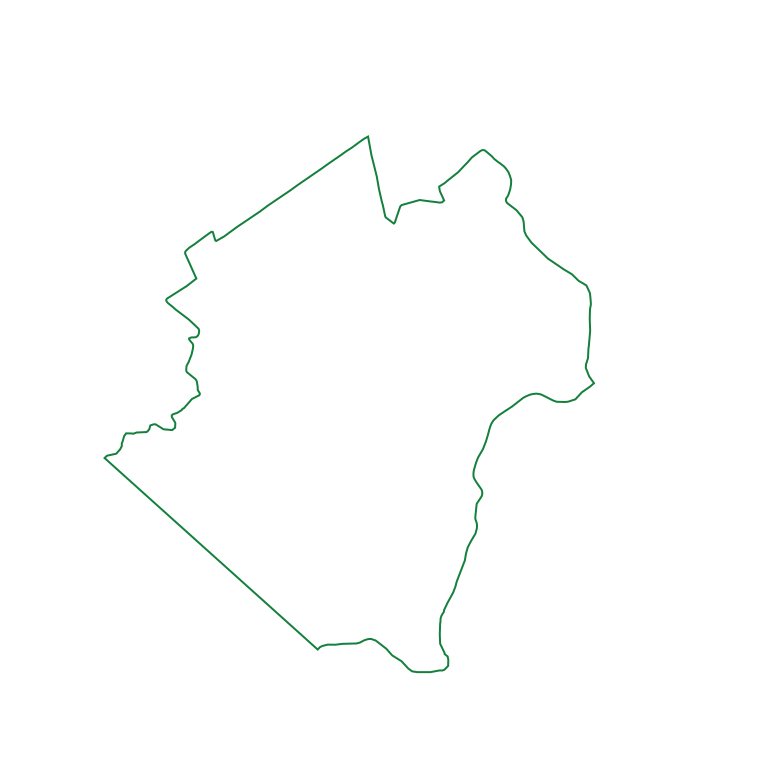 Barillas, Huehuetenango, Guatemala (Natural Earth projection), rotated 222°
{"feature_id": "79465075B26055354107156", "entity_name": "Barillas", "entity_type": "district", "adm_level": 2, "iso_a3": "GTM", "parent_name": "Guatemala", "parent_adm1": "Huehuetenango", "projection": "natural_earth1", "projection_center": [-91.212, 15.915], "detail": "fine", "context": "isolated", "style": "outline", "palette": "green", "viewbox_px": 768, "rotation_deg": 222, "n_neighbors": 0, "source": "geoboundaries", "source_scale": "gbopen_adm2", "svg_char_len": 3682}
<svg xmlns="http://www.w3.org/2000/svg" viewBox="0 0 768 768"><g transform="rotate(222 384 384)"><path d="M561.4,557.2L562.9,552.9L564.4,546.2L566.1,537.9L567.9,531.3L569.3,524.8L573.1,508.9L573.9,505.1L574.6,501.9L576.1,495.7L581.2,474.4L583.2,465.1L589.7,438.8L591.6,429.2L598.3,402.3L601.5,386.8L604.4,378.0L605.1,377.8L605.8,378.0L612.9,382.4L613.5,382.2L614.2,381.2L614.6,379.6L615.6,374.8L616.1,372.6L618.4,360.9L619.9,355.1L620.2,351.9L620.3,350.9L620.2,349.5L619.7,348.5L618.9,347.8L618.2,347.5L594.0,336.8L596.2,324.6L602.2,303.0L602.4,302.3L602.3,301.3L602.0,300.6L600.9,299.9L599.8,299.7L598.4,299.6L592.9,299.9L588.8,299.9L572.2,301.3L558.8,301.0L557.0,299.9L556.3,299.1L555.4,297.6L554.7,295.8L554.7,294.8L554.9,293.5L555.2,292.7L558.5,289.5L559.3,287.4L558.5,286.7L556.2,286.3L553.7,286.0L552.5,285.6L551.4,284.8L549.6,282.3L546.7,277.1L543.9,269.7L542.9,265.5L542.0,264.2L541.4,263.4L540.4,262.2L539.6,261.4L538.2,260.9L528.6,261.4L526.8,261.4L525.5,261.0L524.4,260.3L520.5,257.2L519.4,255.9L518.4,255.0L517.7,254.7L516.6,254.4L514.4,253.7L513.7,252.1L516.7,244.4L516.5,232.0L517.1,230.7L516.9,229.1L518.3,224.3L520.6,220.2L520.7,218.6L519.6,217.5L513.7,215.7L512.7,215.1L510.0,211.7L510.6,208.0L517.6,202.8L526.8,201.2L528.2,199.9L529.9,196.9L528.2,193.3L528.0,190.9L528.3,189.4L535.4,182.4L537.1,179.2L538.3,178.5L542.6,174.8L542.3,171.6L539.6,165.9L539.1,164.4L537.3,162.4L536.4,158.9L536.3,153.1L541.9,145.3L542.1,142.0L255.6,142.3L255.5,145.6L254.5,148.1L251.4,152.7L245.7,157.7L241.1,163.0L230.6,173.0L228.8,175.9L227.2,180.3L225.2,183.7L223.0,185.9L218.6,187.8L205.2,188.8L196.2,187.8L185.5,189.7L175.4,188.8L170.8,189.3L166.5,192.1L156.7,200.9L151.3,208.0L148.8,210.3L147.9,212.1L147.7,217.4L151.7,222.1L154.4,224.1L158.3,223.9L158.9,224.6L168.4,228.5L174.9,235.1L182.1,243.7L182.6,244.6L185.0,247.6L186.2,250.1L186.8,253.0L187.0,254.6L188.1,256.3L190.3,263.6L193.1,275.5L195.4,281.3L197.7,285.7L205.9,307.1L209.7,313.0L212.5,318.8L214.3,325.8L215.9,334.0L218.6,339.2L220.8,341.7L222.1,342.7L223.4,343.5L224.3,343.9L225.7,344.8L226.8,345.8L234.4,356.2L234.9,357.0L235.1,358.0L236.1,364.9L236.5,366.5L237.2,367.7L238.6,369.4L240.1,370.4L241.3,370.9L249.1,372.7L253.2,373.9L254.7,374.6L255.9,375.5L257.6,377.3L258.9,379.1L260.0,381.0L261.3,383.7L263.0,387.3L264.9,392.3L266.9,401.9L269.8,409.5L272.7,415.7L275.1,420.3L276.5,423.3L277.6,426.1L278.3,430.0L278.1,433.4L277.7,437.6L276.2,443.7L273.8,452.7L272.7,458.9L271.3,466.9L270.0,470.3L268.3,473.9L266.4,476.5L264.4,478.7L262.4,480.1L260.3,481.3L256.3,482.5L247.2,484.9L243.7,486.4L237.4,491.8L235.3,494.1L231.5,500.7L231.4,510.3L229.1,520.0L228.5,525.1L236.6,526.9L244.8,531.0L247.0,533.7L249.7,539.7L256.0,547.4L256.7,548.6L266.4,561.5L275.2,570.6L280.9,577.4L283.6,581.7L287.2,585.2L291.7,589.3L295.8,591.1L299.6,592.7L308.4,590.9L317.7,591.3L325.5,589.8L327.0,589.5L345.9,586.9L357.1,587.3L368.9,587.7L377.7,589.5L381.8,591.4L388.9,598.1L392.8,600.5L401.8,601.8L413.4,600.9L415.1,601.3L415.8,601.7L416.6,602.4L417.4,603.7L417.7,606.2L418.2,608.0L420.5,613.1L423.2,617.4L426.0,620.7L429.6,622.9L433.3,624.7L437.1,625.6L440.0,626.0L444.7,625.7L447.9,625.3L449.7,625.2L452.6,625.0L456.4,625.4L465.3,625.1L466.9,624.2L467.8,623.0L468.3,621.6L470.3,611.1L470.2,604.7L470.4,599.6L470.6,591.0L472.7,578.6L473.4,573.7L474.2,570.9L475.1,567.6L473.1,565.9L471.3,564.6L462.1,560.6L462.3,558.7L462.6,557.6L464.1,556.0L468.2,553.2L473.0,549.8L480.6,544.6L490.6,528.8L490.7,528.0L490.7,526.7L490.2,525.6L486.1,516.0L484.0,511.3L484.1,509.8L493.5,509.0L494.7,509.1L495.7,509.7L504.5,516.1L507.8,518.2L518.3,525.6L528.4,533.5L541.9,542.6L546.1,545.4L561.4,557.2Z" fill="none" stroke="#15803d" stroke-width="2"/></g></svg>